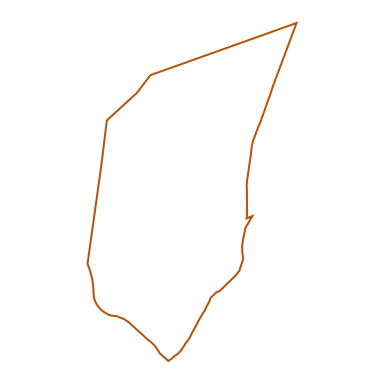 outline of Grande Riviere/Postlewaithe, Gros Islet, Saint Lucia
{"feature_id": "8701671B10801688655736", "entity_name": "Grande Riviere/Postlewaithe", "entity_type": "district", "adm_level": 2, "iso_a3": "LCA", "parent_name": "Saint Lucia", "parent_adm1": "Gros Islet", "projection": "natural_earth1", "projection_center": [-60.952, 14.042], "detail": "fine", "context": "isolated", "style": "outline", "palette": "amber", "viewbox_px": 384, "rotation_deg": 0, "n_neighbors": 0, "source": "geoboundaries", "source_scale": "gbopen_adm2", "svg_char_len": 1627}
<svg xmlns="http://www.w3.org/2000/svg" viewBox="0 0 384 384"><path d="M296.5,23.0L150.5,75.1L136.9,92.9L108.2,119.1L106.8,120.7L101.5,164.2L87.5,263.9L89.6,269.3L90.9,273.9L91.6,276.6L92.3,279.6L92.9,283.8L93.1,284.9L93.5,290.3L93.4,291.2L93.5,293.2L93.7,295.5L94.2,298.7L95.3,301.6L96.0,303.0L96.5,304.0L98.2,306.6L99.6,308.1L101.6,310.2L102.6,311.0L103.6,311.8L105.6,313.0L108.2,314.5L109.3,314.9L110.1,315.1L111.2,315.4L112.1,315.7L114.6,316.0L117.2,316.3L119.2,317.2L121.5,318.1L122.6,318.5L123.6,318.8L124.8,319.6L126.0,320.4L127.8,321.6L129.0,322.4L132.1,325.3L135.1,328.2L137.6,330.4L139.8,332.3L141.4,333.7L142.8,335.0L144.9,337.0L145.8,337.8L147.8,339.6L149.4,340.9L151.7,342.7L153.9,344.8L154.9,346.1L155.5,346.8L157.4,349.4L158.9,351.9L159.7,353.2L168.3,361.0L172.1,358.4L173.0,357.4L174.3,356.2L177.8,353.9L179.9,351.7L180.9,350.6L183.8,346.4L185.7,343.1L187.0,341.5L188.4,339.7L189.8,337.5L190.5,336.1L192.2,332.5L192.7,331.6L194.6,328.3L196.0,325.6L196.6,324.6L198.2,321.4L198.8,320.3L200.8,316.7L202.8,313.4L204.2,311.3L205.0,310.3L205.6,308.7L206.7,306.3L209.1,301.9L209.7,300.5L210.5,298.0L213.5,295.0L216.5,292.3L218.5,291.4L219.9,290.8L223.8,287.0L228.7,282.2L235.8,275.3L239.5,270.6L240.6,266.8L242.2,262.2L243.2,258.6L242.3,252.2L242.1,245.7L242.6,242.5L242.8,241.0L243.3,238.2L244.3,233.6L244.8,231.3L245.4,227.9L247.5,224.4L252.3,216.1L246.6,218.5L247.1,213.3L247.1,208.3L246.9,194.3L246.9,190.6L246.7,186.8L246.8,182.5L250.7,155.8L251.2,151.4L251.7,147.4L252.1,145.0L253.0,141.1L258.9,125.2L260.3,122.4L271.3,91.4L272.9,86.3L293.5,31.2L296.5,23.0Z" fill="none" stroke="#b45309" stroke-width="2"/></svg>